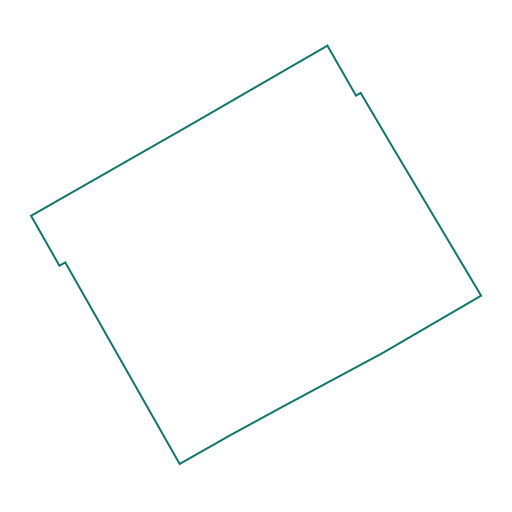 Ford, Kansas, United States of America, rotated 330°
{"feature_id": "52423323B50939961364147", "entity_name": "Ford", "entity_type": "district", "adm_level": 2, "iso_a3": "USA", "parent_name": "United States of America", "parent_adm1": "Kansas", "projection": "albers", "projection_center": [-99.859, 37.691], "detail": "fine", "context": "isolated", "style": "outline", "palette": "teal", "viewbox_px": 512, "rotation_deg": 330, "n_neighbors": 0, "source": "geoboundaries", "source_scale": "gbopen_adm2", "svg_char_len": 330}
<svg xmlns="http://www.w3.org/2000/svg" viewBox="0 0 512 512"><g transform="rotate(330 256 256)"><path d="M423.0,109.5L265.0,109.6L81.3,108.7L80.9,166.1L87.6,166.2L85.9,397.9L142.9,398.3L200.1,399.7L316.9,403.3L431.1,402.9L428.7,226.8L428.2,167.1L422.8,167.1L423.0,109.5Z" fill="none" stroke="#0f766e" stroke-width="2"/></g></svg>